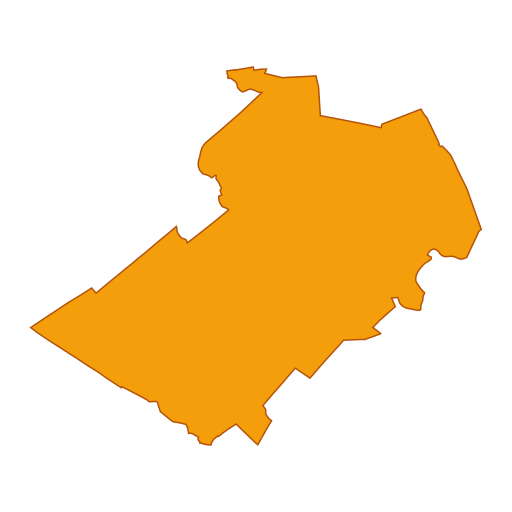 outline of Tiream, Satu Mare, Romania
{"feature_id": "2599482B66236649043849", "entity_name": "Tiream", "entity_type": "district", "adm_level": 2, "iso_a3": "ROU", "parent_name": "Romania", "parent_adm1": "Satu Mare", "projection": "equal_earth", "projection_center": [22.455, 47.592], "detail": "fine", "context": "isolated", "style": "filled", "palette": "amber", "viewbox_px": 512, "rotation_deg": 0, "n_neighbors": 0, "source": "geoboundaries", "source_scale": "gbopen_adm2", "svg_char_len": 5976}
<svg xmlns="http://www.w3.org/2000/svg" viewBox="0 0 512 512"><path d="M266.3,429.5L269.6,423.9L271.6,420.7L270.3,419.8L268.9,418.6L267.5,416.7L266.2,414.8L265.7,413.5L265.6,412.8L265.7,411.7L265.8,410.1L265.5,409.5L264.5,407.7L262.8,405.6L269.2,398.2L272.4,394.4L278.4,387.6L284.0,381.2L286.6,378.1L293.4,370.3L295.4,368.2L296.1,368.7L302.1,372.8L309.9,378.1L311.3,376.6L314.3,373.1L318.6,368.2L322.4,363.8L331.1,354.1L340.7,343.6L343.2,340.6L343.8,340.2L362.4,339.4L363.7,339.6L364.9,339.5L365.6,339.2L380.5,333.8L380.7,333.5L373.8,328.2L372.8,327.5L379.4,320.6L390.3,311.0L394.7,307.0L395.3,306.7L392.7,300.6L391.6,297.9L397.6,297.5L398.9,300.3L399.6,302.7L400.1,303.6L400.7,304.3L402.5,306.0L403.2,306.5L404.5,307.2L407.4,308.4L409.4,308.7L414.4,309.7L416.2,310.0L416.7,310.1L417.8,310.2L418.2,310.1L419.5,310.2L419.9,310.3L420.5,309.7L420.7,309.4L420.8,308.8L420.7,307.3L420.7,306.7L420.9,305.9L421.1,304.7L421.8,302.9L422.7,300.5L422.9,299.0L422.9,297.9L423.0,297.1L423.1,296.5L423.6,295.1L424.1,294.2L424.5,293.4L424.6,292.9L424.2,292.3L423.7,291.8L423.1,291.3L422.3,290.5L420.9,288.9L420.2,288.0L418.2,285.2L417.7,284.4L416.7,282.8L415.8,280.8L415.8,277.7L415.8,277.3L416.2,275.7L416.7,274.1L417.3,272.8L417.5,272.5L418.5,270.8L419.6,269.2L420.7,267.8L421.6,266.8L422.7,265.6L423.2,264.9L424.3,263.9L425.0,263.2L426.1,262.6L427.9,261.5L430.0,260.1L430.5,259.7L430.8,259.4L431.0,259.1L431.2,258.5L431.3,257.5L431.2,257.1L430.5,256.6L429.1,256.0L427.7,255.0L427.6,254.9L427.5,254.7L428.1,253.5L429.7,251.3L430.0,250.9L430.6,250.4L431.8,249.7L432.4,249.4L433.1,249.2L433.6,249.1L434.4,249.2L435.1,249.3L435.7,249.5L436.3,249.8L437.2,250.5L438.1,251.2L438.5,251.7L439.5,253.1L441.3,255.0L441.8,255.3L442.6,255.8L443.5,256.2L444.2,256.5L444.7,256.6L446.8,256.6L448.8,256.4L449.7,256.3L451.5,256.3L452.4,256.3L453.7,256.6L454.6,256.8L455.9,257.4L458.9,258.7L459.5,258.9L460.2,259.0L460.7,259.1L461.7,259.1L462.6,258.9L463.4,258.7L465.7,257.9L466.7,257.5L472.2,245.7L476.4,236.8L478.5,232.1L479.2,231.1L479.7,230.6L481.3,229.5L481.1,229.0L480.9,228.6L480.6,227.5L478.9,222.7L476.4,215.7L473.4,207.1L470.1,197.9L468.5,193.2L467.2,189.6L465.2,185.4L462.8,180.4L461.4,177.8L461.2,177.2L460.5,175.8L460.2,175.0L459.9,174.7L457.9,170.4L455.2,164.4L451.0,155.6L450.5,154.9L449.1,153.4L447.3,151.3L443.4,147.3L442.3,146.2L440.3,146.5L438.7,144.5L439.1,144.2L439.1,143.8L438.8,142.9L438.3,141.6L432.1,128.7L430.8,125.8L429.6,123.6L427.0,117.9L424.1,114.5L421.0,109.1L381.8,124.3L381.2,127.7L372.6,125.9L360.2,123.3L346.5,120.6L327.0,116.9L320.3,115.6L320.2,112.3L319.9,108.9L319.3,99.1L318.6,87.5L316.0,75.9L301.5,76.7L288.3,77.3L282.5,77.7L281.8,77.6L264.8,73.4L265.7,71.4L266.0,70.7L266.5,69.1L260.5,69.2L254.0,70.3L253.2,67.0L240.0,69.3L234.7,70.1L234.7,69.8L226.9,70.9L227.1,72.4L227.1,73.3L227.3,73.9L227.5,74.8L228.1,76.2L228.2,76.6L228.1,77.0L227.8,77.4L227.6,77.7L227.8,77.9L228.1,78.1L228.4,78.2L228.8,78.3L230.1,78.3L230.9,78.4L231.5,78.7L232.1,79.2L232.9,79.8L234.0,80.5L234.6,80.9L235.5,81.8L236.2,82.6L236.8,83.9L237.2,85.3L237.2,86.2L237.3,86.8L237.6,87.6L238.2,88.3L238.9,89.2L239.9,90.2L240.9,91.0L241.8,91.6L242.8,91.8L244.3,91.4L244.9,91.1L246.7,90.3L248.6,89.5L250.2,89.1L250.8,89.1L252.3,89.6L254.5,90.3L255.7,90.8L257.4,91.7L258.7,92.2L262.0,92.5L257.3,96.9L252.5,101.5L247.9,105.8L239.8,113.3L233.6,118.7L228.7,123.0L220.7,130.0L208.6,140.2L205.4,143.0L204.1,144.6L203.8,145.0L203.3,145.7L202.8,146.4L202.2,147.5L201.8,148.4L201.3,149.8L200.9,151.4L200.5,152.9L200.1,154.7L199.9,156.0L199.7,156.9L199.2,158.6L198.6,160.6L198.3,162.1L198.3,162.8L198.2,163.5L198.2,164.9L198.6,167.3L199.1,168.2L199.2,168.9L199.5,169.7L199.9,170.3L200.3,170.8L201.1,171.8L201.8,172.7L202.3,173.3L202.8,173.7L203.3,173.9L204.6,174.3L207.1,175.0L208.9,175.9L209.8,176.3L210.7,177.1L211.5,177.6L211.9,177.7L212.2,177.6L212.9,177.1L214.2,176.0L215.3,175.2L215.6,175.2L216.1,175.5L216.2,175.8L216.3,176.1L216.2,176.5L216.0,177.1L216.0,177.7L216.0,178.1L216.2,179.0L216.8,179.9L218.5,182.1L219.2,183.3L219.9,185.2L220.4,186.2L220.9,187.0L221.4,187.7L221.5,188.1L220.9,189.4L220.2,189.9L220.1,190.4L220.4,191.2L221.0,192.8L221.3,194.0L221.8,195.0L218.6,196.3L218.8,197.2L218.8,198.5L219.2,200.8L219.5,202.1L220.9,204.8L222.1,206.4L223.6,207.2L225.6,207.9L227.0,208.6L228.1,209.3L228.6,209.8L221.9,215.5L216.1,220.3L207.2,227.4L194.5,237.4L187.3,242.9L186.4,240.2L185.7,239.6L184.8,239.1L184.0,238.8L182.7,238.5L181.5,237.8L180.9,237.3L180.2,236.6L179.1,235.2L177.3,232.3L177.1,231.3L176.7,227.3L176.2,226.4L175.9,226.9L175.2,227.5L164.4,236.6L164.0,236.8L162.7,237.9L160.4,239.8L159.0,240.9L158.4,241.5L149.6,248.9L147.3,250.9L145.4,252.5L141.8,255.4L140.6,256.4L134.7,261.3L132.4,263.3L130.5,264.8L124.2,269.9L115.0,277.5L113.2,278.9L100.9,289.1L96.1,293.1L94.4,291.2L91.6,288.0L80.6,295.1L69.5,301.8L67.4,303.1L60.7,307.6L54.5,311.7L50.5,314.3L41.2,320.5L30.7,327.6L36.6,332.1L47.3,339.4L59.0,346.9L62.6,349.2L69.9,354.0L76.5,358.1L83.8,363.0L87.8,365.7L97.2,371.5L106.6,378.1L121.3,387.8L122.0,386.7L122.6,387.0L137.0,394.5L147.3,400.0L148.6,401.3L149.2,401.6L149.8,401.8L150.5,401.8L153.2,401.5L155.2,401.4L156.2,401.6L157.3,402.2L157.7,402.9L158.0,404.1L158.3,405.4L158.8,407.0L159.3,408.3L159.8,409.8L160.3,411.6L166.2,416.4L170.8,420.2L171.8,420.9L172.9,421.5L174.0,421.9L175.2,422.2L177.1,422.4L178.4,422.6L183.2,423.7L185.8,424.3L186.7,425.8L187.0,426.6L187.3,427.4L188.0,429.7L188.3,431.8L188.4,432.2L188.6,433.4L189.3,433.3L191.0,433.3L191.3,433.3L191.9,433.4L198.5,437.2L198.3,437.8L198.1,438.5L198.0,439.2L198.1,439.6L198.4,440.2L198.7,440.8L199.5,441.5L199.8,442.0L200.0,442.5L200.0,443.2L200.6,443.1L201.3,443.2L202.7,443.7L204.6,444.3L207.6,444.8L209.2,444.9L211.0,445.0L211.3,443.8L211.6,442.6L212.4,441.4L212.8,440.7L213.8,439.2L217.8,435.9L218.5,436.5L220.5,434.9L223.2,432.7L228.7,428.8L236.1,424.0L239.7,427.5L241.6,429.4L248.1,435.7L253.2,440.6L256.9,444.1L257.8,444.8L259.7,441.4L264.8,432.2L266.3,429.5Z" fill="#f59e0b" stroke="#b45309" stroke-width="1.5"/></svg>